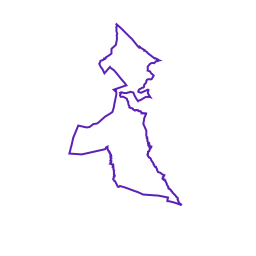 outline of San Jerónimo Sosola, Oaxaca, Mexico, rotated 327°
{"feature_id": "50627088B57913149693719", "entity_name": "San Jerónimo Sosola", "entity_type": "district", "adm_level": 2, "iso_a3": "MEX", "parent_name": "Mexico", "parent_adm1": "Oaxaca", "projection": "mercator", "projection_center": [-97.021, 17.384], "detail": "fine", "context": "isolated", "style": "outline", "palette": "violet", "viewbox_px": 256, "rotation_deg": 327, "n_neighbors": 0, "source": "geoboundaries", "source_scale": "gbopen_adm2", "svg_char_len": 5829}
<svg xmlns="http://www.w3.org/2000/svg" viewBox="0 0 256 256"><g transform="rotate(327 128 128)"><path d="M138.0,69.3L146.0,67.0L145.9,67.5L147.7,71.9L148.3,76.5L148.9,82.7L149.7,88.4L149.9,91.4L148.2,90.9L136.9,88.1L137.4,90.0L138.2,90.3L136.9,93.1L130.4,99.7L129.5,100.6L127.0,103.3L123.6,106.1L120.4,106.2L114.9,106.0L110.2,106.7L107.9,107.1L106.2,107.3L104.5,107.4L100.8,105.8L98.9,106.1L96.2,106.2L93.6,105.0L87.6,98.9L76.7,106.4L71.2,111.8L69.5,113.2L67.3,115.4L64.9,117.5L74.9,125.0L96.4,133.0L97.7,133.3L99.1,132.3L100.7,132.5L99.7,133.9L99.2,135.7L99.0,136.1L99.5,137.1L99.6,137.3L99.4,137.6L99.1,137.8L99.4,138.5L99.1,138.8L99.3,139.0L99.2,140.2L99.0,140.5L98.7,140.5L98.5,141.4L99.0,141.6L98.6,142.6L98.0,142.4L97.8,142.8L97.4,142.7L97.0,143.9L97.3,144.3L96.8,144.4L96.4,144.9L96.2,145.5L95.5,145.6L95.4,146.0L96.2,146.3L95.8,147.0L95.1,147.3L94.6,147.3L94.3,147.5L94.4,147.8L94.0,148.1L94.7,148.4L94.5,148.7L94.0,148.7L94.4,149.1L94.4,149.5L94.9,150.0L94.9,150.4L95.6,150.4L95.5,151.0L95.1,151.3L95.3,151.5L95.1,151.9L94.6,151.9L94.4,152.4L93.8,152.5L93.7,152.6L94.1,153.5L93.8,153.8L93.7,154.2L93.1,155.0L93.3,155.5L93.2,156.2L92.4,156.7L91.7,158.4L91.4,158.6L91.3,159.2L90.9,159.2L90.8,159.7L90.6,159.9L90.8,160.6L90.4,160.7L90.3,161.3L89.4,161.2L89.2,161.7L89.0,161.8L88.7,162.2L88.3,162.5L88.0,162.8L87.7,162.8L87.7,164.6L87.8,165.1L88.1,165.4L88.1,166.0L87.6,171.1L87.4,171.5L87.7,172.0L88.1,172.3L88.6,172.4L89.1,172.4L89.6,172.2L93.0,176.1L94.8,178.5L99.4,184.7L101.4,187.2L104.4,192.0L116.7,201.3L123.7,208.1L121.9,209.8L121.2,210.8L122.8,212.0L126.7,216.3L130.5,221.3L130.8,221.2L130.7,220.5L130.7,220.1L130.5,219.7L130.0,219.1L130.0,218.8L130.1,217.9L130.4,217.0L130.3,216.7L130.7,216.0L130.6,215.0L130.9,214.8L131.6,213.9L131.4,213.3L131.4,212.7L131.0,212.1L131.1,211.2L131.0,210.7L130.9,209.5L130.7,209.3L130.7,208.6L130.6,208.4L130.5,207.5L130.3,207.1L130.1,206.5L130.2,205.9L130.4,205.5L130.3,205.1L130.0,204.6L130.2,204.2L130.1,203.2L129.8,202.7L129.9,202.0L129.5,201.3L129.0,201.0L129.0,200.7L129.3,200.2L129.4,199.6L129.7,199.5L129.8,198.6L129.7,198.2L129.8,197.7L129.6,196.7L130.2,195.8L130.2,195.5L130.3,195.1L130.2,194.5L130.5,193.5L130.4,192.7L130.6,192.4L130.3,192.3L130.1,191.7L130.4,191.5L130.3,191.3L130.1,191.1L130.3,190.9L129.8,190.6L129.8,190.2L129.4,190.0L129.4,189.1L130.5,188.2L130.9,188.4L131.0,188.2L131.9,187.6L132.2,187.7L132.4,187.7L132.5,187.5L132.8,187.3L132.4,186.7L132.2,186.7L131.6,185.7L131.1,184.3L130.9,183.6L130.7,183.1L130.3,182.5L130.0,182.3L129.2,181.4L129.2,181.1L129.3,180.3L129.5,179.5L129.4,179.3L129.9,178.2L130.0,177.1L130.1,176.6L130.0,176.4L130.1,176.2L129.9,176.2L129.6,175.6L129.6,175.0L129.4,174.6L129.5,174.3L129.6,174.0L129.6,173.9L129.7,173.3L129.8,173.2L129.9,172.6L129.7,172.4L129.8,172.3L129.8,172.1L129.9,171.9L129.9,171.7L130.1,170.5L129.9,168.9L130.0,168.5L129.9,167.7L130.3,166.8L130.3,165.4L130.1,164.8L129.7,164.5L129.8,164.1L129.5,163.7L129.5,163.2L129.7,162.4L129.5,162.2L129.5,161.8L129.6,161.6L129.9,160.7L130.2,160.6L130.4,160.5L130.7,160.6L131.1,160.1L131.6,159.2L131.7,159.3L132.0,159.0L132.2,158.8L133.1,159.0L133.4,158.6L133.9,158.2L134.6,158.0L134.8,157.7L135.5,157.4L135.1,157.3L135.2,157.1L136.3,156.7L136.7,156.4L137.0,156.6L137.4,156.2L137.1,156.0L137.0,155.7L136.6,155.3L136.4,154.9L135.6,155.2L135.8,154.2L135.6,153.7L137.1,153.3L137.2,152.1L137.5,152.0L137.4,151.6L137.1,151.7L136.5,151.6L137.1,150.7L137.2,149.3L137.9,148.7L138.1,147.6L138.6,147.2L138.9,146.6L138.4,146.3L138.7,145.8L139.0,145.9L139.0,145.4L139.2,144.3L141.9,140.3L143.1,132.9L145.6,130.2L147.1,128.5L150.8,126.1L151.2,125.7L150.8,125.2L150.3,125.2L149.8,124.9L149.7,124.5L149.0,123.9L148.3,123.9L148.0,123.3L147.5,123.1L147.9,122.6L147.6,122.2L147.6,121.9L147.8,121.1L147.6,120.8L147.3,120.7L147.1,120.4L146.2,119.8L146.1,119.7L146.3,119.2L146.3,118.7L145.5,118.3L145.3,118.0L145.0,117.5L144.7,117.3L144.1,117.4L143.4,117.2L143.3,116.5L142.5,115.6L142.4,115.1L142.6,114.3L141.9,113.5L141.6,113.1L141.0,112.3L140.4,111.8L140.3,111.5L141.1,110.5L141.0,109.2L141.5,107.9L142.0,106.6L142.6,105.9L142.3,104.9L143.0,102.9L141.0,99.1L138.9,97.9L139.0,96.3L139.8,95.5L140.2,95.6L140.7,95.3L140.6,94.2L141.7,94.4L142.3,94.8L143.1,95.8L144.1,96.9L144.8,97.2L145.7,97.9L146.7,98.1L149.0,98.9L149.7,98.9L151.8,101.2L151.1,104.7L150.9,108.6L151.1,110.9L151.6,110.7L151.9,110.8L153.0,111.3L154.1,111.4L159.5,111.6L161.0,112.2L162.1,113.3L162.9,113.8L163.3,113.9L163.5,114.2L163.6,109.6L163.7,109.4L165.9,107.2L165.6,106.7L158.0,105.5L156.4,103.3L157.2,102.2L158.8,101.7L160.7,102.0L161.5,101.9L162.5,102.2L162.7,102.4L163.3,102.4L163.7,102.3L164.2,101.8L164.6,101.2L165.0,100.7L165.5,100.4L166.0,100.2L166.3,100.3L166.8,100.2L167.8,99.8L168.2,99.6L168.3,99.4L169.4,98.2L170.3,97.9L171.2,98.0L172.0,98.4L172.7,98.9L173.4,99.6L174.0,99.8L174.7,99.8L178.1,98.0L177.8,96.7L177.7,96.4L177.6,95.9L177.3,95.3L177.2,94.7L177.2,94.1L177.3,93.4L177.3,92.7L176.9,92.0L175.8,90.6L175.7,90.5L177.2,88.7L177.4,88.0L177.7,87.5L178.7,87.0L179.9,86.7L180.9,86.3L182.2,86.2L183.7,86.6L184.5,87.2L185.2,87.9L186.5,87.6L187.8,87.3L188.2,87.3L188.7,87.7L189.3,88.0L190.3,88.1L191.1,88.4L190.4,87.4L190.3,86.6L190.1,86.5L190.0,86.1L189.8,86.1L189.4,85.6L189.1,84.5L188.7,84.1L188.2,84.1L185.3,75.9L185.3,74.8L184.3,72.5L183.8,72.0L184.3,71.7L182.5,67.9L182.0,66.0L181.1,66.5L180.7,64.4L179.8,55.3L179.2,53.2L176.6,41.0L174.9,34.7L174.6,34.9L174.7,35.5L174.9,35.7L174.9,36.1L174.7,36.5L173.4,36.8L173.1,37.1L172.8,37.5L172.4,38.7L171.3,40.0L170.8,41.2L170.3,43.2L169.4,43.8L168.9,44.2L168.5,45.0L168.1,46.0L167.9,46.3L167.0,47.6L163.1,51.7L157.3,52.6L154.6,56.6L151.1,56.8L147.9,56.7L147.3,57.4L146.7,57.5L146.6,57.0L145.7,56.7L145.4,57.2L145.5,57.4L143.8,57.3L142.4,56.9L141.5,56.7L140.1,57.9L138.9,58.4L138.4,61.9L138.6,64.9L138.0,69.3Z" fill="none" stroke="#5b21b6" stroke-width="2"/></g></svg>